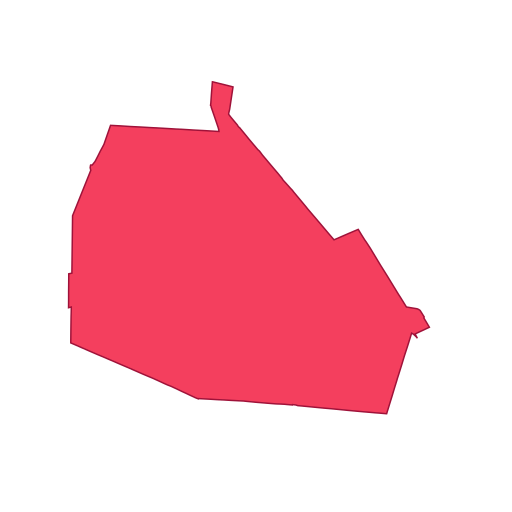 the district of Lovrin, Timis, Romania, rotated 18°
{"feature_id": "2599482B37768504608814", "entity_name": "Lovrin", "entity_type": "district", "adm_level": 2, "iso_a3": "ROU", "parent_name": "Romania", "parent_adm1": "Timis", "projection": "robinson", "projection_center": [20.769, 45.969], "detail": "fine", "context": "isolated", "style": "filled", "palette": "rose", "viewbox_px": 512, "rotation_deg": 18, "n_neighbors": 0, "source": "geoboundaries", "source_scale": "gbopen_adm2", "svg_char_len": 2704}
<svg xmlns="http://www.w3.org/2000/svg" viewBox="0 0 512 512"><g transform="rotate(18 256 256)"><path d="M428.3,328.7L428.3,324.1L428.2,314.5L428.0,304.8L428.0,294.5L427.9,285.6L427.8,281.3L429.1,281.5L430.8,282.1L432.7,283.0L434.0,283.7L434.9,284.4L431.4,281.0L435.4,277.2L438.3,274.5L442.9,270.2L438.5,266.3L434.7,263.0L434.8,262.0L431.6,259.3L430.4,258.3L429.2,257.3L428.5,256.9L428.0,256.8L427.7,256.7L427.1,256.5L426.4,256.5L425.7,256.4L424.8,256.5L418.3,257.5L414.8,258.0L406.4,250.9L403.2,248.3L395.5,241.7L387.1,234.5L376.7,225.8L372.9,222.5L366.8,217.2L362.3,213.3L356.2,208.4L354.8,207.4L350.0,203.4L345.0,199.1L342.0,201.7L337.3,205.8L325.2,216.5L319.9,213.3L306.5,205.0L290.2,195.0L289.2,194.3L282.1,189.8L272.2,183.6L270.2,182.2L267.6,180.8L262.8,178.0L258.4,175.5L256.3,173.8L254.2,172.5L251.4,170.7L244.9,166.7L240.7,164.1L230.6,157.8L230.2,157.5L229.1,156.7L226.8,155.1L224.9,154.3L222.8,153.0L213.3,147.1L207.3,143.2L201.8,139.7L201.3,139.3L199.6,138.6L198.9,138.2L198.0,137.3L189.4,131.9L186.2,129.7L185.9,128.5L185.6,124.6L181.9,102.3L179.7,102.4L161.4,103.7L160.7,103.8L163.4,115.1L165.6,123.8L165.8,124.6L166.2,126.8L166.8,127.2L167.1,127.5L167.4,128.3L173.6,136.5L180.3,145.5L181.4,147.2L182.3,149.0L179.3,149.8L168.9,152.5L157.3,155.6L152.2,156.9L146.8,158.3L140.6,160.0L134.8,161.5L129.8,162.8L126.0,163.8L122.2,164.8L117.8,166.0L114.4,166.9L106.0,169.1L96.8,171.6L87.4,174.0L79.1,176.2L77.3,176.7L77.2,181.9L77.1,185.8L77.0,191.0L76.9,196.0L76.9,196.7L76.3,200.2L75.5,204.5L74.8,209.3L74.1,213.6L73.7,215.9L72.9,218.0L72.6,218.8L72.2,220.0L70.6,220.6L70.6,220.9L71.0,223.3L72.4,225.6L69.1,274.4L86.2,329.2L83.4,330.8L84.1,332.9L84.8,335.1L86.1,339.2L88.8,347.8L91.3,355.5L92.6,359.6L93.7,363.1L96.1,361.6L97.4,365.8L98.9,370.9L100.6,376.4L102.4,382.2L103.9,387.0L105.5,392.1L106.7,395.9L110.2,396.2L119.1,397.1L128.3,398.0L135.8,398.7L138.4,398.9L149.6,399.9L159.2,400.8L167.0,401.5L178.3,402.6L185.3,403.3L191.2,403.8L195.1,404.1L203.1,405.0L208.0,405.6L211.9,406.0L213.9,406.1L215.8,406.2L218.9,406.6L221.5,406.9L227.3,407.7L231.7,408.2L235.5,408.7L240.5,409.3L241.9,409.5L245.0,409.7L245.3,409.7L245.3,409.4L248.3,408.6L257.3,406.2L263.5,404.6L269.3,403.0L277.4,400.9L287.0,398.3L288.8,397.8L292.2,397.1L302.1,394.9L308.0,393.5L316.9,391.4L319.4,390.8L321.7,390.2L325.5,389.1L328.9,388.2L331.2,387.7L336.4,386.5L336.3,386.3L336.4,386.1L339.7,385.4L342.0,385.4L345.8,384.5L356.2,382.2L361.2,381.1L367.0,379.8L375.7,377.8L386.5,375.4L391.6,374.3L402.2,371.9L406.6,370.9L410.8,369.9L418.2,368.2L421.8,367.3L428.4,365.8L429.0,365.6L428.9,362.7L428.9,360.4L428.8,355.3L428.7,347.4L428.5,339.1L428.4,331.2L428.3,328.7Z" fill="#f43f5e" stroke="#9f1239" stroke-width="1.5"/></g></svg>